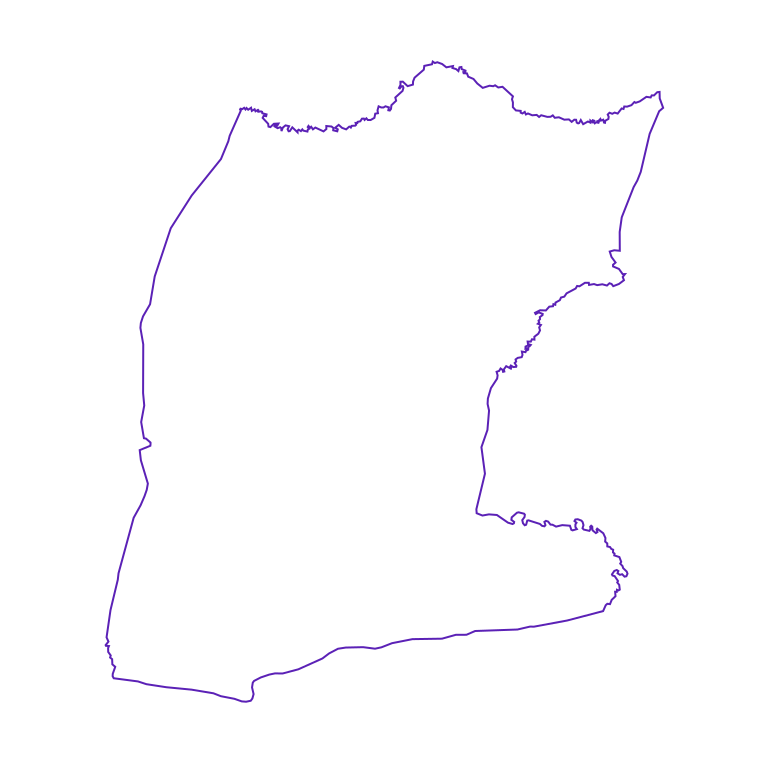 outline of Kaset Wisai, Roi Et, Thailand, rotated 183°
{"feature_id": "78962969B16569105271651", "entity_name": "Kaset Wisai", "entity_type": "district", "adm_level": 2, "iso_a3": "THA", "parent_name": "Thailand", "parent_adm1": "Roi Et", "projection": "orthographic", "projection_center": [103.508, 15.604], "detail": "fine", "context": "isolated", "style": "outline", "palette": "violet", "viewbox_px": 768, "rotation_deg": 183, "n_neighbors": 0, "source": "geoboundaries", "source_scale": "gbopen_adm2", "svg_char_len": 6138}
<svg xmlns="http://www.w3.org/2000/svg" viewBox="0 0 768 768"><g transform="rotate(183 384 384)"><path d="M153.3,168.7L151.0,174.7L149.5,176.2L146.8,176.0L145.3,180.4L141.7,184.2L142.3,188.6L140.7,188.6L140.6,190.7L139.1,190.1L137.8,191.0L138.6,195.7L140.7,198.0L140.0,199.5L143.6,204.2L145.8,204.7L146.4,205.8L144.2,209.4L141.9,210.4L140.2,209.5L140.9,207.2L138.4,205.8L136.2,206.5L133.7,204.2L131.9,204.7L130.9,207.3L131.8,209.4L135.5,212.6L136.3,214.7L138.7,217.0L137.8,218.8L139.9,223.5L145.1,224.9L144.9,226.7L146.5,227.8L146.5,230.5L148.4,231.2L149.7,233.0L152.5,233.5L152.7,236.5L154.9,238.2L154.8,241.8L157.2,246.4L163.5,250.7L164.1,249.8L163.1,247.3L164.6,246.2L168.1,248.8L168.6,252.5L169.7,253.3L170.6,252.3L170.2,250.0L171.2,248.1L176.9,249.1L178.2,250.3L177.4,253.5L178.4,256.5L179.7,257.9L183.4,259.1L185.8,258.7L186.6,257.1L184.5,255.5L185.5,253.9L185.4,251.3L183.8,249.2L188.0,247.7L189.3,248.2L190.9,252.2L198.6,252.4L204.7,250.6L208.4,252.3L210.4,252.3L212.9,255.2L215.1,255.8L216.6,254.7L215.4,251.5L216.3,250.3L218.7,250.6L221.0,252.4L232.5,255.4L233.8,255.1L234.7,250.9L236.1,250.3L237.9,252.2L238.8,255.3L236.7,258.5L236.5,260.9L237.3,261.8L242.8,262.9L244.5,262.4L249.5,257.5L249.7,255.0L246.8,253.1L247.0,251.7L248.3,250.9L252.9,252.0L264.4,259.1L272.4,259.3L278.8,257.8L284.7,259.8L285.2,263.8L278.5,299.7L283.4,326.0L278.3,343.5L277.7,362.9L279.5,369.5L279.5,374.9L277.0,385.5L271.3,395.3L271.0,398.6L272.2,402.1L269.7,403.1L268.4,405.6L266.3,404.3L265.7,402.4L264.5,402.8L265.1,404.8L262.9,408.2L258.1,406.0L257.8,407.2L259.3,407.3L258.3,409.1L255.7,407.7L252.9,408.1L252.7,409.1L254.6,411.8L253.2,413.3L253.9,415.4L251.8,417.1L247.9,418.0L247.2,420.3L248.0,423.6L244.4,423.2L243.9,424.6L241.8,425.8L241.8,427.5L244.6,426.6L244.6,428.8L242.7,429.8L240.6,429.3L239.5,430.7L242.3,431.5L242.8,433.9L239.6,434.0L238.6,436.4L236.1,436.2L236.3,439.1L232.5,442.3L231.0,445.7L232.0,448.7L230.4,451.2L233.5,452.2L232.2,453.6L233.0,455.3L231.6,456.9L231.9,459.0L229.3,461.1L229.2,462.3L233.2,463.6L236.2,461.8L236.9,463.0L232.0,465.8L226.2,465.9L223.0,469.9L219.3,470.5L219.0,472.6L217.1,472.1L217.0,474.3L212.8,476.9L211.8,479.6L208.5,480.7L206.4,484.1L197.6,489.4L196.3,492.0L193.9,491.8L188.6,495.6L184.8,495.8L184.4,493.7L179.5,494.8L176.3,493.9L171.2,495.0L166.5,494.0L164.1,496.4L162.0,495.8L160.2,493.7L154.6,496.2L149.8,500.2L151.2,503.4L149.1,506.4L151.4,506.2L155.4,511.2L161.4,513.4L161.5,515.1L159.1,517.4L163.5,522.8L165.5,528.1L161.1,529.6L155.5,529.4L156.6,548.2L155.3,562.9L145.0,593.7L141.7,600.4L138.7,609.3L131.8,647.7L123.5,670.8L119.7,674.4L123.6,683.6L124.1,690.1L126.4,689.7L129.5,686.3L131.8,686.2L132.7,684.1L137.0,684.5L143.4,679.6L147.3,678.0L148.7,678.7L151.5,675.4L155.8,673.7L158.6,673.7L159.2,671.2L161.1,671.6L164.8,666.3L167.9,667.1L170.2,665.8L173.0,666.7L174.7,664.8L173.6,662.6L173.8,660.4L176.8,658.5L177.0,656.4L178.0,656.6L178.9,659.4L181.1,658.4L181.8,660.0L183.5,658.0L185.5,657.4L183.2,657.0L183.5,656.1L186.2,656.4L187.2,655.3L188.5,656.6L187.9,657.9L189.3,658.3L189.8,656.5L191.7,657.9L191.6,655.8L194.1,656.8L198.7,653.9L201.3,657.9L202.8,654.8L203.8,654.4L205.2,655.1L206.0,657.9L207.8,657.9L210.3,655.6L213.2,657.9L217.8,657.4L223.3,659.5L227.4,658.8L229.5,661.1L231.6,659.6L234.9,659.3L241.1,660.6L243.1,658.8L245.6,660.7L250.0,660.1L254.4,661.7L256.4,660.6L257.7,663.1L259.9,661.4L261.7,662.1L261.8,663.9L266.6,664.1L269.8,667.2L270.0,672.0L271.1,675.1L270.3,678.0L281.2,687.0L285.4,686.1L288.7,688.1L290.5,687.1L294.2,687.4L300.9,684.9L306.6,689.0L310.6,693.3L316.0,695.3L317.4,698.5L320.7,698.5L321.1,699.6L319.1,700.1L319.0,701.2L322.9,702.5L323.3,704.6L325.2,704.2L326.1,700.4L328.4,702.2L332.2,703.2L331.8,705.1L338.3,703.5L342.7,706.6L347.6,708.1L350.0,707.2L352.2,708.5L352.8,705.8L360.4,703.8L360.7,700.0L369.5,691.5L370.8,687.7L370.8,684.5L376.0,682.7L381.0,686.9L383.4,686.7L383.2,683.5L384.5,680.4L383.7,680.0L382.1,682.2L380.8,682.4L380.1,680.8L380.8,677.7L387.7,670.7L386.7,667.5L391.2,662.8L391.4,659.1L392.5,657.4L394.0,657.6L393.6,660.5L397.1,661.4L399.0,660.1L401.2,660.0L403.9,661.0L404.8,657.0L404.2,654.1L406.9,653.5L407.5,649.3L411.2,646.9L414.0,646.8L415.5,648.4L417.2,646.7L418.0,648.0L419.9,647.8L421.4,645.1L424.1,644.4L424.3,643.2L426.0,643.2L425.4,641.4L426.2,640.5L429.7,640.1L430.5,638.4L431.4,639.3L432.3,639.1L435.1,636.3L439.3,637.6L442.8,640.4L446.2,637.3L443.5,635.9L443.9,633.9L448.0,634.7L447.9,637.0L449.9,638.4L455.1,638.6L454.9,635.6L457.6,633.1L466.0,636.5L468.3,634.6L470.2,637.1L471.3,636.0L472.9,637.8L473.6,636.6L472.0,635.0L473.4,634.0L473.7,632.1L477.8,632.8L478.9,634.0L480.2,632.2L482.5,633.5L483.6,632.5L483.5,630.8L489.0,635.5L491.3,631.6L492.5,631.4L493.6,633.4L492.3,636.5L495.9,637.1L498.4,634.8L499.6,631.2L500.0,634.2L501.1,635.0L503.6,633.9L506.9,635.6L506.6,636.6L504.1,636.4L503.0,638.6L507.6,638.1L510.9,634.6L512.8,635.0L513.3,637.8L519.1,643.4L518.2,645.5L515.7,645.3L515.4,647.1L519.7,648.0L520.0,649.4L521.1,649.8L523.9,649.3L524.4,650.0L523.5,651.6L526.6,649.6L527.6,651.6L530.3,649.8L531.2,652.9L534.0,650.8L535.7,652.4L536.7,650.9L538.1,652.5L539.9,651.1L541.7,651.4L542.1,650.6L541.3,649.5L551.1,623.8L552.2,618.2L558.6,600.1L585.9,562.2L605.1,528.4L618.6,479.4L621.8,451.4L628.2,438.9L630.0,432.2L630.2,427.3L626.5,411.0L624.1,362.3L622.3,350.0L624.5,333.3L620.9,317.3L618.8,317.0L614.1,313.3L614.0,311.8L614.1,310.1L624.5,305.2L622.8,295.1L614.6,272.2L615.4,265.9L617.3,259.4L620.7,250.2L627.0,237.3L639.2,181.1L639.6,174.6L645.3,143.9L647.8,116.5L645.7,112.3L648.3,108.7L648.0,108.0L645.0,107.9L645.7,105.9L645.4,102.0L642.7,98.6L643.2,96.5L641.1,95.0L640.6,89.8L637.6,87.5L639.7,80.4L639.7,78.0L638.5,76.0L614.1,74.1L605.6,71.8L585.5,69.8L560.2,68.7L538.1,66.2L530.6,63.7L516.9,61.8L509.4,59.6L505.1,59.5L500.5,60.7L499.0,63.0L498.0,67.5L499.9,74.1L499.4,78.9L498.2,80.7L491.7,84.5L483.4,87.8L477.7,89.3L470.1,89.6L454.6,94.6L431.1,106.7L424.7,112.1L416.1,117.2L408.4,118.8L391.1,120.1L379.1,119.2L372.8,120.9L362.4,125.6L342.2,130.7L312.8,132.7L299.1,137.3L288.5,137.9L280.1,142.1L237.9,145.8L225.4,149.4L221.6,149.5L188.7,157.4L153.3,168.7Z" fill="none" stroke="#5b21b6" stroke-width="2"/></g></svg>